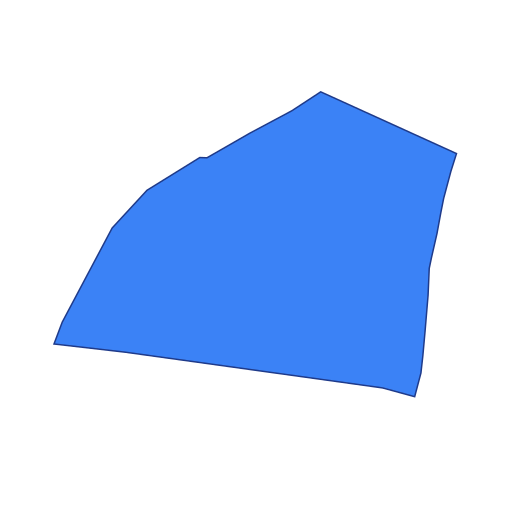 George Charles Boulevard, Castries, Saint Lucia (Equal Earth projection), rotated 84°
{"feature_id": "8701671B10607749601803", "entity_name": "George Charles Boulevard", "entity_type": "district", "adm_level": 2, "iso_a3": "LCA", "parent_name": "Saint Lucia", "parent_adm1": "Castries", "projection": "equal_earth", "projection_center": [-60.987, 14.005], "detail": "fine", "context": "isolated", "style": "filled", "palette": "blue", "viewbox_px": 512, "rotation_deg": 84, "n_neighbors": 0, "source": "geoboundaries", "source_scale": "gbopen_adm2", "svg_char_len": 484}
<svg xmlns="http://www.w3.org/2000/svg" viewBox="0 0 512 512"><g transform="rotate(84 256 256)"><path d="M412.5,112.9L409.6,111.8L400.9,108.5L389.6,104.2L372.7,100.5L348.9,95.8L313.2,89.0L286.4,85.0L276.1,81.7L252.7,73.7L232.7,67.8L218.2,63.3L192.1,53.3L175.1,45.9L99.5,174.5L115.3,205.2L133.2,249.3L153.2,294.5L152.2,301.6L179.2,357.5L213.1,396.1L301.5,455.6L322.4,466.1L338.0,396.1L371.8,259.5L400.4,144.0L412.5,112.9Z" fill="#3b82f6" stroke="#1e3a8a" stroke-width="1.5"/></g></svg>